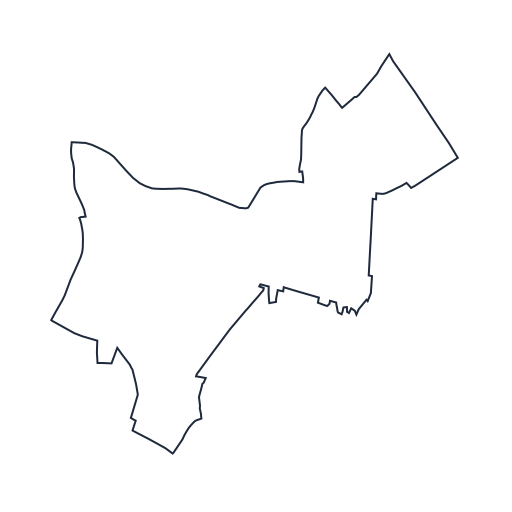 Ba Dinh, Ha Noi, Vietnam (Equal Earth projection), rotated 355°
{"feature_id": "81297802B78295235973409", "entity_name": "Ba Dinh", "entity_type": "district", "adm_level": 2, "iso_a3": "VNM", "parent_name": "Vietnam", "parent_adm1": "Ha Noi", "projection": "equal_earth", "projection_center": [105.824, 21.035], "detail": "fine", "context": "isolated", "style": "outline", "palette": "slate", "viewbox_px": 512, "rotation_deg": 355, "n_neighbors": 0, "source": "geoboundaries", "source_scale": "gbopen_adm2", "svg_char_len": 4463}
<svg xmlns="http://www.w3.org/2000/svg" viewBox="0 0 512 512"><g transform="rotate(355 256 256)"><path d="M465.6,175.8L458.1,160.5L447.6,141.7L428.9,107.0L409.5,73.8L406.4,66.5L397.4,77.8L392.5,84.9L372.7,104.4L370.0,106.3L368.1,106.2L367.0,106.9L365.7,108.0L355.7,115.2L354.7,115.9L353.4,114.0L351.9,111.7L349.0,107.7L347.2,104.9L345.4,102.2L339.6,94.3L338.5,95.2L336.4,97.2L332.3,102.2L330.8,104.8L327.2,113.2L324.9,117.7L323.2,120.2L322.4,121.8L321.5,123.1L320.1,125.1L318.0,127.9L314.3,132.0L313.7,132.8L313.1,133.9L312.7,135.1L312.2,138.7L311.6,142.3L309.9,158.8L309.4,162.6L309.3,163.5L308.8,165.4L308.2,167.2L307.0,171.6L306.7,172.8L306.6,174.1L306.6,176.0L307.1,175.9L309.4,175.8L309.7,182.9L309.4,186.7L300.9,184.8L298.1,184.5L295.1,184.3L292.7,184.3L290.2,184.2L283.4,184.1L281.1,184.4L276.0,184.8L273.2,185.2L271.9,185.6L270.2,186.1L266.4,188.2L265.1,190.0L256.9,201.2L252.5,207.1L251.1,207.5L249.8,207.6L243.4,206.5L241.3,205.4L240.0,204.7L239.2,204.3L235.8,202.5L232.1,200.7L228.9,199.1L226.9,198.1L224.9,197.1L216.4,192.9L216.0,192.8L213.7,191.3L212.6,190.8L211.8,190.4L211.5,190.3L209.6,189.5L207.0,188.3L206.2,187.9L203.8,186.8L201.6,186.1L198.8,185.2L193.5,183.5L191.2,183.0L189.7,182.7L189.1,182.6L188.1,182.4L186.0,182.1L184.9,182.0L184.2,182.0L181.5,181.9L179.5,181.8L177.6,181.7L175.5,181.5L172.4,181.3L170.5,181.2L169.2,181.1L168.3,181.0L162.5,180.3L160.6,180.0L158.1,179.5L155.1,178.1L154.6,177.9L153.3,177.3L152.0,176.7L151.7,176.5L150.3,175.7L149.1,174.9L147.7,174.1L146.6,173.4L144.9,171.8L142.7,169.7L140.4,167.6L137.2,163.6L134.9,160.7L133.5,158.9L133.2,158.5L133.0,158.2L131.3,155.9L128.6,152.3L128.2,151.8L126.9,150.0L123.0,144.8L122.0,143.9L120.1,142.2L118.5,140.8L117.1,139.9L116.2,139.3L115.4,138.7L114.3,138.1L113.5,137.6L112.4,136.8L111.4,136.2L110.2,135.5L109.4,135.1L108.7,134.6L106.1,133.1L105.6,132.8L104.7,132.3L102.1,130.9L96.3,128.6L95.0,128.3L94.3,128.3L93.6,128.2L92.3,128.0L91.6,127.9L90.5,127.7L86.2,127.1L82.3,126.6L81.9,129.1L81.4,131.6L81.3,132.4L81.1,133.3L80.8,136.9L80.9,142.6L81.1,143.2L81.2,143.9L81.3,144.5L81.5,145.2L81.9,147.2L82.3,152.6L82.1,156.1L81.9,157.5L81.5,161.7L81.3,168.0L81.3,170.1L81.4,172.1L81.8,174.2L82.5,176.7L82.6,177.2L84.1,181.2L86.0,186.3L87.3,189.9L88.4,193.6L88.9,195.2L89.1,197.8L89.7,201.9L84.8,202.0L83.3,202.7L84.0,204.9L84.7,208.8L85.3,215.4L85.4,218.4L85.1,224.1L84.1,232.9L83.2,237.1L81.2,241.9L78.1,247.7L72.9,257.0L69.3,263.3L62.0,278.6L59.2,283.2L51.3,294.6L46.4,302.0L47.5,303.0L52.7,306.5L68.2,317.0L74.7,320.2L76.4,321.0L90.5,326.5L89.1,338.2L88.9,344.8L88.8,348.8L92.8,349.1L102.7,350.4L109.8,335.4L114.1,342.7L116.8,346.9L120.8,353.2L121.9,356.2L123.0,358.3L124.3,366.5L125.3,373.1L125.7,377.7L126.2,383.8L118.8,402.5L117.2,406.4L118.8,407.5L120.4,408.7L121.8,409.5L121.6,410.1L119.4,415.2L117.8,419.1L122.1,421.9L125.7,424.2L132.2,428.3L133.2,428.9L135.5,430.5L139.9,433.4L141.8,434.7L148.6,439.3L149.0,439.6L149.5,440.0L155.7,445.5L156.7,444.7L166.6,432.5L169.1,428.2L171.6,424.6L174.1,421.3L176.8,418.6L179.1,416.5L180.6,415.3L182.0,414.6L187.4,413.2L187.4,408.5L186.7,403.0L187.2,400.2L187.1,398.2L186.9,391.5L187.9,388.7L189.1,385.5L190.0,383.1L190.9,380.3L191.5,378.6L192.9,377.6L194.1,375.3L195.3,373.2L195.0,373.1L194.6,373.0L192.1,372.3L186.5,370.8L185.8,370.7L186.0,370.1L186.6,368.7L190.2,364.6L200.1,353.2L223.3,327.1L224.3,326.1L241.2,309.3L242.5,308.2L248.2,302.6L250.6,300.3L251.0,299.9L251.8,299.2L252.4,298.6L253.2,297.8L253.4,297.6L254.2,296.9L254.5,296.5L255.0,296.1L256.1,295.0L257.5,293.5L259.0,292.1L260.0,291.1L260.1,290.9L260.6,290.0L260.9,288.6L259.4,287.9L256.6,286.6L257.9,284.6L266.0,287.5L265.3,293.8L265.1,301.2L265.2,304.1L271.9,303.5L272.4,300.0L274.7,291.9L277.4,292.8L280.0,293.6L280.9,289.5L281.6,289.8L283.0,290.4L292.8,294.3L307.8,300.1L315.0,302.9L313.6,307.9L319.1,310.5L321.3,311.5L321.6,311.7L322.6,312.0L324.0,310.9L325.1,309.9L325.8,307.1L331.8,309.3L331.9,312.5L332.2,314.1L332.4,317.7L332.8,319.4L336.2,321.5L337.4,318.9L338.6,314.9L342.1,314.8L341.9,319.6L343.6,320.9L346.3,316.4L349.7,319.2L350.9,323.1L353.8,317.8L362.3,309.2L363.3,310.7L367.2,303.0L369.8,286.2L366.6,285.2L371.0,254.1L371.1,253.3L371.2,253.0L377.3,209.2L380.5,210.0L381.0,206.2L381.4,204.0L382.4,204.3L382.6,204.3L387.0,205.1L388.5,205.1L389.0,205.1L391.5,204.6L394.5,203.5L396.1,203.0L398.5,202.1L402.0,200.7L407.1,198.8L412.3,196.3L413.0,197.2L414.1,198.5L416.5,201.7L420.8,199.8L465.6,175.8Z" fill="none" stroke="#1e293b" stroke-width="2"/></g></svg>